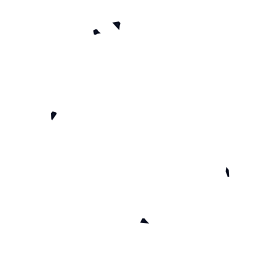 an SVG outline of Dhaalu, rotated 144°
{"feature_id": "MDV-5237", "entity_name": "Dhaalu", "entity_type": "Atoll", "adm_level": 1, "iso_a3": "MDV", "parent_name": "Maldives", "parent_adm1": "", "projection": "orthographic", "projection_center": [72.938, 2.822], "detail": "fine", "context": "isolated", "style": "filled", "palette": "ink", "viewbox_px": 256, "rotation_deg": 144, "n_neighbors": 0, "source": "natural_earth", "source_scale": "10m", "svg_char_len": 562}
<svg xmlns="http://www.w3.org/2000/svg" viewBox="0 0 256 256"><g transform="rotate(144 128 128)"><path d="M77.0,214.1L77.8,221.2L73.5,219.1L73.3,217.6L75.2,216.1L77.0,214.1ZM177.4,182.2L184.1,179.9L184.1,180.0L181.2,184.5L179.5,184.9L177.5,182.2L177.4,182.2ZM95.5,222.1L97.2,223.0L99.0,223.1L99.7,223.8L98.4,226.5L96.2,226.2L95.8,225.3L95.9,223.8L95.5,222.1ZM168.1,40.2L172.5,44.1L169.5,45.6L169.1,45.3L168.5,44.8L168.5,42.8L168.5,42.7L168.1,40.2ZM75.4,29.5L73.8,35.1L72.0,36.9L71.9,35.1L75.4,29.5Z" fill="#0f172a" stroke="#020617" stroke-width="1.5"/></g></svg>